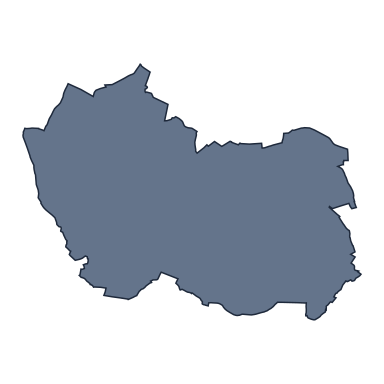 the district of Sacueni, Bihor, Romania
{"feature_id": "2599482B16582561953184", "entity_name": "Sacueni", "entity_type": "district", "adm_level": 2, "iso_a3": "ROU", "parent_name": "Romania", "parent_adm1": "Bihor", "projection": "natural_earth1", "projection_center": [22.114, 47.344], "detail": "fine", "context": "isolated", "style": "filled", "palette": "slate", "viewbox_px": 384, "rotation_deg": 0, "n_neighbors": 0, "source": "geoboundaries", "source_scale": "gbopen_adm2", "svg_char_len": 5891}
<svg xmlns="http://www.w3.org/2000/svg" viewBox="0 0 384 384"><path d="M305.9,315.9L307.0,315.6L307.2,316.1L307.4,316.8L307.8,317.5L308.1,317.9L311.2,319.2L313.6,319.8L314.9,319.8L318.1,317.9L320.1,316.5L321.1,315.1L323.2,313.4L325.3,312.0L325.6,309.6L326.2,310.0L326.3,307.5L326.2,306.5L326.4,306.0L327.8,305.0L330.2,302.1L330.7,301.9L332.2,302.4L336.0,297.8L333.9,296.9L335.3,294.1L336.1,293.2L336.9,293.2L337.8,291.9L339.6,290.4L340.9,289.6L342.8,285.0L345.0,282.2L345.8,281.0L346.1,281.1L347.1,281.4L347.2,281.6L348.1,281.3L349.7,280.4L350.5,279.9L350.8,279.9L351.9,281.1L352.4,281.1L354.0,280.7L354.7,280.2L355.0,279.6L355.9,278.2L356.2,278.0L358.3,276.8L359.8,275.7L360.6,274.7L361.0,274.2L357.8,271.8L358.7,271.1L358.0,270.9L356.9,270.6L355.6,270.4L354.9,270.0L354.6,269.6L354.4,268.5L354.5,266.8L354.4,266.1L353.9,265.2L351.1,263.1L355.1,257.0L350.7,254.3L355.0,251.9L353.0,245.6L352.6,245.4L350.8,241.1L350.5,239.8L350.1,237.7L349.8,237.5L349.7,237.2L349.7,235.5L349.9,233.7L349.4,231.0L349.2,230.5L348.4,230.1L346.5,228.5L344.9,226.3L344.4,225.4L343.2,223.9L339.9,218.7L339.1,217.2L339.8,216.5L339.6,216.3L337.1,214.3L332.7,210.4L329.2,207.3L329.5,206.5L332.4,208.5L332.8,208.5L341.4,205.7L348.9,203.4L350.3,206.6L351.8,208.7L356.3,207.5L355.7,206.0L354.2,201.7L354.6,201.6L353.5,197.7L353.7,195.6L353.4,193.6L352.6,190.8L350.6,186.8L348.0,182.9L346.2,177.7L345.0,175.3L344.4,173.3L343.7,171.9L342.4,169.3L341.0,168.1L337.8,166.4L342.1,164.8L343.4,164.7L343.3,161.8L343.7,161.7L343.8,160.5L348.1,160.5L347.8,152.7L347.5,149.2L339.4,146.5L335.0,144.8L334.0,144.1L333.1,143.3L329.9,138.8L328.7,137.7L326.2,136.3L322.9,134.5L314.6,130.1L313.0,129.4L309.6,128.0L304.7,127.7L302.7,128.0L301.3,128.1L294.0,130.3L292.3,130.1L291.2,131.1L288.6,133.0L283.7,133.4L283.7,133.9L283.6,135.2L283.3,137.5L283.1,138.6L282.2,141.4L282.1,142.7L273.3,145.0L270.4,146.0L269.4,146.2L264.7,147.8L263.0,148.0L262.1,148.0L261.6,143.3L249.4,144.1L240.7,143.6L240.0,143.1L238.3,144.8L231.5,142.3L231.5,141.8L230.1,141.3L221.8,146.4L214.5,141.5L208.3,146.2L206.9,144.8L203.9,147.8L197.1,153.1L195.8,151.5L195.7,151.4L195.7,149.3L195.5,148.3L195.0,145.0L194.9,143.2L194.8,142.3L195.4,139.3L196.3,135.6L196.4,134.9L196.2,133.1L196.5,132.3L197.0,131.5L192.2,128.4L191.1,128.1L188.2,127.8L186.2,127.1L185.1,126.5L184.3,125.8L183.4,123.8L182.8,122.2L181.8,120.8L180.5,119.7L179.0,118.5L175.7,116.7L174.4,117.6L173.9,117.9L172.3,117.8L172.0,118.0L171.8,118.4L171.4,119.3L166.9,120.7L165.1,120.8L164.6,120.8L166.5,111.8L168.0,104.4L153.3,97.4L151.5,93.5L150.9,93.2L146.8,92.1L146.4,92.1L145.7,92.5L145.4,92.3L145.0,91.2L145.1,89.2L146.5,88.5L147.3,87.6L147.3,87.2L147.2,87.0L147.0,86.6L146.5,86.2L145.3,85.7L148.1,78.1L148.1,77.9L149.3,74.6L149.9,72.4L150.1,72.1L144.3,68.2L141.6,66.2L140.8,64.6L140.2,64.2L139.3,65.8L138.4,67.1L137.3,68.6L135.2,71.7L134.2,73.2L132.4,74.3L131.0,74.7L128.4,75.9L124.8,78.0L118.8,81.2L112.2,84.6L104.9,85.0L106.0,87.0L100.2,88.6L98.2,89.4L96.1,90.2L95.2,91.2L94.3,92.5L93.2,96.5L80.9,89.5L68.1,83.7L67.0,86.3L65.4,89.3L64.7,90.9L63.7,93.4L63.0,97.1L61.6,100.2L60.4,102.8L58.5,105.0L56.7,106.5L54.6,108.7L53.1,111.5L51.5,114.9L49.3,118.7L48.4,121.1L47.7,123.2L47.0,124.9L46.3,125.6L45.7,126.5L44.0,130.7L42.5,130.0L38.6,128.7L38.6,128.4L32.0,128.1L29.9,128.4L26.6,128.6L24.8,128.3L24.3,129.9L23.3,132.0L23.4,133.6L23.0,135.1L23.2,137.1L25.1,142.0L27.4,148.3L29.9,155.7L30.2,157.2L31.5,160.4L33.9,165.3L33.9,167.6L34.1,169.4L34.9,173.4L35.5,174.7L36.3,184.6L38.2,190.0L38.7,193.7L38.2,197.8L40.9,201.9L41.0,202.4L40.9,203.3L43.1,206.8L44.2,208.2L46.3,210.3L52.3,215.2L54.8,217.6L55.0,217.9L56.6,222.4L56.8,224.3L57.1,224.8L59.0,226.7L59.4,226.8L60.6,226.9L61.0,227.4L61.2,228.2L61.2,228.9L60.7,230.7L60.7,231.1L60.9,231.4L62.7,232.3L63.8,235.2L65.7,239.3L66.1,239.8L67.1,240.8L67.1,241.2L66.7,241.7L66.8,242.6L66.8,244.0L66.3,244.6L65.9,245.9L65.8,246.9L67.6,248.5L69.9,250.9L70.7,251.2L69.3,254.5L70.2,255.6L75.2,260.3L79.2,259.4L80.8,258.9L82.5,258.1L85.3,256.0L87.2,256.7L87.5,258.6L88.1,258.9L88.2,259.0L88.0,259.3L88.0,259.6L88.2,260.6L88.2,261.1L88.0,261.5L87.9,262.5L87.8,262.8L87.5,263.3L87.4,263.7L85.7,263.9L85.1,264.1L83.3,264.8L83.5,265.2L84.0,266.1L84.4,268.5L83.1,269.0L82.1,269.3L81.0,269.1L80.1,274.1L79.9,274.9L79.7,275.2L79.3,275.4L81.2,277.4L82.0,277.5L82.4,277.7L82.7,277.6L83.1,277.9L84.3,278.4L84.6,278.6L85.3,279.3L87.0,281.3L88.2,282.1L88.4,282.4L89.9,283.5L90.0,283.8L90.0,284.3L90.2,284.6L90.9,284.7L91.1,284.6L91.8,285.2L92.4,285.4L93.6,287.2L94.6,287.0L100.7,287.3L106.0,288.1L105.2,291.9L103.9,295.4L112.2,296.8L120.3,297.9L128.0,299.1L128.2,299.5L133.2,297.3L135.0,296.3L136.8,295.6L137.1,294.9L139.3,291.2L140.5,290.3L140.8,289.7L141.7,289.2L143.0,288.8L144.7,287.5L146.2,285.8L149.9,283.1L151.6,282.5L151.4,282.1L150.6,281.1L152.3,280.3L152.8,280.0L153.3,279.9L153.9,279.9L156.6,279.8L157.1,279.6L157.5,279.4L157.8,279.1L158.2,278.3L160.1,274.2L161.2,272.2L178.0,278.8L176.2,282.4L175.9,283.3L177.4,284.6L178.5,285.9L178.9,286.5L179.1,287.2L179.6,288.9L180.2,290.0L182.1,289.3L184.3,290.4L186.2,291.5L187.5,292.1L189.7,292.5L190.7,292.9L191.5,293.5L191.8,293.0L192.4,293.1L196.2,296.0L199.6,298.0L200.4,298.8L200.8,299.7L201.3,300.5L201.9,301.1L202.4,301.8L202.2,303.3L202.2,303.8L202.5,304.1L203.7,304.7L205.2,305.0L205.5,305.2L208.2,305.9L208.7,302.9L209.2,302.9L209.5,302.8L211.1,302.7L212.0,302.8L217.3,303.1L218.7,303.4L220.0,303.9L221.9,305.0L222.5,305.5L222.9,306.1L223.5,307.2L225.2,309.2L226.9,310.6L229.6,312.3L233.8,314.7L235.9,315.3L237.1,315.5L239.6,315.2L242.1,314.2L242.5,314.2L249.8,314.8L251.5,314.9L254.2,314.5L256.1,314.1L257.4,313.7L261.6,312.5L264.3,311.9L265.1,311.5L267.3,310.7L268.8,309.6L270.8,308.5L273.2,306.6L275.3,304.2L276.5,303.3L277.4,302.3L281.7,302.3L298.2,302.7L305.6,303.0L306.3,302.9L306.1,306.5L306.3,309.5L306.2,312.7L305.7,314.4L305.8,315.7L305.9,315.9Z" fill="#64748b" stroke="#1e293b" stroke-width="1.5"/></svg>